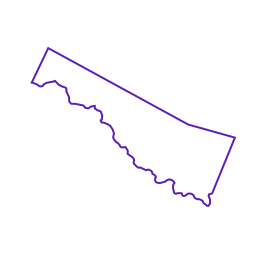 outline of Newton, Texas, United States of America, rotated 116°
{"feature_id": "52423323B15615503962810", "entity_name": "Newton", "entity_type": "district", "adm_level": 2, "iso_a3": "USA", "parent_name": "United States of America", "parent_adm1": "Texas", "projection": "orthographic", "projection_center": [-93.622, 30.715], "detail": "fine", "context": "isolated", "style": "outline", "palette": "violet", "viewbox_px": 256, "rotation_deg": 116, "n_neighbors": 0, "source": "geoboundaries", "source_scale": "gbopen_adm2", "svg_char_len": 1741}
<svg xmlns="http://www.w3.org/2000/svg" viewBox="0 0 256 256"><g transform="rotate(116 128 128)"><path d="M158.0,93.2L156.7,91.9L156.3,91.0L156.3,88.8L156.9,87.2L158.5,85.8L158.6,83.6L159.3,81.9L159.9,81.4L160.3,81.3L160.7,81.4L161.2,81.6L163.4,80.6L164.3,79.3L164.3,77.2L163.1,74.7L159.7,70.9L157.7,70.0L156.2,68.5L155.5,66.3L155.9,64.2L156.2,63.2L156.6,62.5L157.3,62.1L158.6,62.6L161.7,61.6L166.1,58.1L166.2,56.8L166.1,56.1L164.9,54.9L163.3,51.8L163.2,51.0L163.7,50.5L164.5,49.8L164.9,48.7L164.3,47.5L163.4,46.6L161.6,45.9L160.3,44.7L159.5,42.9L159.4,41.5L159.7,39.7L161.4,37.8L161.7,36.0L161.6,34.4L160.7,32.8L160.7,31.1L160.7,29.8L160.8,28.9L161.6,28.1L162.2,27.6L163.2,22.6L162.9,21.8L162.6,21.5L159.9,21.3L159.2,21.5L157.6,22.2L155.9,23.4L154.0,25.6L152.2,26.1L150.2,24.0L149.9,23.7L89.8,27.7L98.5,75.4L91.2,234.7L129.4,234.4L129.1,233.1L128.7,228.2L129.1,227.3L129.2,226.0L128.8,224.4L128.3,223.7L127.7,223.1L126.9,222.9L125.8,222.9L123.0,220.9L118.7,215.0L118.0,214.9L117.7,214.2L119.5,209.1L119.6,205.8L119.1,202.1L119.3,201.3L120.5,200.0L121.7,199.8L122.7,198.7L126.2,194.5L130.0,192.4L131.0,190.0L131.0,189.3L129.4,186.1L127.3,177.9L128.6,175.1L127.8,172.4L125.2,170.8L124.2,169.8L122.7,167.6L124.9,166.4L125.5,163.7L125.2,161.5L125.1,159.8L128.1,156.6L131.9,155.2L132.6,155.6L133.0,155.9L133.6,155.6L134.2,154.8L134.5,154.0L134.3,153.3L133.8,152.1L133.5,148.3L133.9,144.7L136.3,140.8L139.3,138.1L142.6,137.4L144.2,135.9L145.9,132.4L146.0,130.4L146.9,128.2L147.8,127.3L148.2,126.1L148.1,124.7L146.6,122.6L146.3,121.8L148.5,118.3L151.4,116.9L152.0,113.8L152.1,111.7L153.1,109.5L154.2,108.3L156.0,108.1L157.2,107.3L157.5,107.0L158.9,103.1L159.0,100.8L158.1,99.7L158.0,93.2Z" fill="none" stroke="#5b21b6" stroke-width="2"/></g></svg>